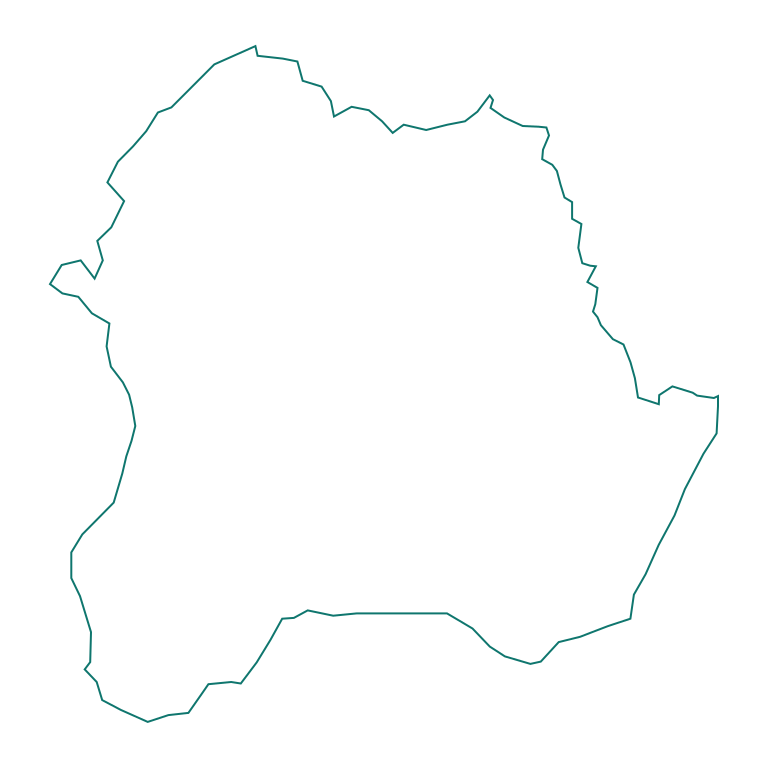 the district of Polemi, Paphos, Cyprus
{"feature_id": "46923920B23159624661255", "entity_name": "Polemi", "entity_type": "district", "adm_level": 2, "iso_a3": "CYP", "parent_name": "Cyprus", "parent_adm1": "Paphos", "projection": "equal_earth", "projection_center": [32.514, 34.884], "detail": "fine", "context": "isolated", "style": "outline", "palette": "teal", "viewbox_px": 768, "rotation_deg": 0, "n_neighbors": 0, "source": "geoboundaries", "source_scale": "gbopen_adm2", "svg_char_len": 1698}
<svg xmlns="http://www.w3.org/2000/svg" viewBox="0 0 768 768"><path d="M489.7,95.4L477.4,111.7L465.0,121.3L447.4,124.7L426.2,130.0L403.7,124.7L392.7,132.9L382.1,121.3L368.8,110.2L351.6,106.8L334.0,116.5L330.9,101.1L321.6,86.6L302.7,80.8L297.4,61.5L282.8,58.6L257.6,55.8L255.4,46.1L214.3,64.4L171.4,107.4L157.9,112.5L146.2,131.2L133.0,146.4L117.9,161.7L107.4,182.4L124.1,201.1L111.3,227.3L97.3,240.9L102.8,260.4L94.6,278.6L80.7,260.4L61.7,265.0L50.0,284.1L62.4,293.4L78.3,296.8L91.9,313.3L109.4,323.5L106.6,346.4L110.9,366.7L122.9,382.4L129.1,394.7L132.2,407.4L135.3,426.0L131.5,440.9L126.3,456.4L122.3,473.5L113.7,502.6L82.3,534.4L71.3,552.4L71.3,578.1L80.0,596.1L91.0,632.1L90.2,662.1L84.7,669.4L96.7,682.0L102.2,700.1L120.8,709.9L147.7,721.9L168.4,715.1L188.4,712.9L202.6,692.6L208.4,684.2L231.2,682.0L240.8,683.5L256.7,662.4L270.5,639.8L282.2,618.7L293.9,617.9L307.7,610.4L333.2,615.7L356.7,613.4L391.1,613.4L420.1,613.4L447.0,613.4L472.5,628.5L489.8,646.6L504.9,656.4L530.4,663.9L540.8,661.6L558.7,642.1L580.1,636.8L581.7,636.2L591.5,632.4L607.7,626.2L614.3,624.0L630.4,618.7L633.9,594.6L645.6,574.2L658.7,544.9L674.5,515.5L684.9,489.1L703.5,453.7L716.6,433.4L718.0,406.3L718.0,396.1L713.9,398.0L697.1,395.6L692.7,392.7L672.4,386.4L659.2,395.1L658.8,404.2L638.0,397.5L634.9,378.2L630.5,362.3L623.5,344.5L612.9,339.2L600.9,325.2L597.5,317.2L593.0,311.6L595.3,304.2L597.5,287.9L587.4,282.0L595.8,266.3L590.2,265.7L582.3,263.2L578.3,247.8L581.4,224.0L572.1,218.8L572.1,202.1L564.5,197.5L560.5,184.5L556.9,171.0L552.3,164.8L542.2,159.2L543.0,149.7L549.0,135.5L546.4,127.5L538.4,126.7L522.7,126.0L504.3,117.5L490.5,107.9L493.0,100.0L489.7,95.4Z" fill="none" stroke="#0f766e" stroke-width="2"/></svg>